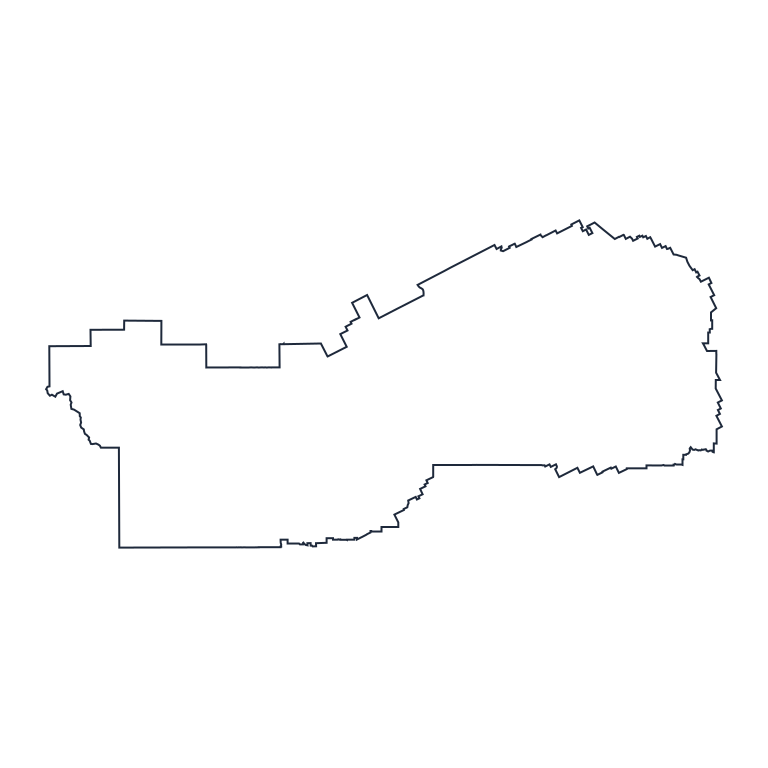 Beverley, Western Australia, Australia (orthographic projection)
{"feature_id": "25037944B89171502248139", "entity_name": "Beverley", "entity_type": "district", "adm_level": 2, "iso_a3": "AUS", "parent_name": "Australia", "parent_adm1": "Western Australia", "projection": "orthographic", "projection_center": [116.842, -32.16], "detail": "fine", "context": "isolated", "style": "outline", "palette": "slate", "viewbox_px": 768, "rotation_deg": 0, "n_neighbors": 0, "source": "geoboundaries", "source_scale": "gbopen_adm2", "svg_char_len": 5749}
<svg xmlns="http://www.w3.org/2000/svg" viewBox="0 0 768 768"><path d="M100.9,447.7L118.9,447.7L119.3,547.6L201.3,547.4L229.6,547.4L230.0,547.4L230.4,547.4L231.0,547.4L231.6,547.4L232.6,547.4L235.8,547.4L236.5,547.3L236.8,547.4L238.2,547.4L238.8,547.3L239.1,547.4L240.3,547.3L240.9,547.4L241.1,547.3L241.5,547.4L243.1,547.4L243.5,547.3L245.2,547.3L245.6,547.4L246.5,547.4L255.3,547.4L255.8,547.3L256.7,547.4L256.9,547.4L257.1,547.3L258.6,547.3L258.8,547.3L258.8,547.2L259.0,547.2L280.6,547.2L280.6,546.5L281.2,546.5L281.1,545.1L281.2,544.5L281.2,544.4L280.7,542.9L280.7,542.5L280.6,540.4L280.6,539.7L287.6,539.7L287.6,543.5L299.0,543.5L299.9,544.4L300.8,544.4L303.0,544.4L303.1,542.8L303.4,542.6L303.7,543.1L304.0,543.5L305.2,544.6L305.4,544.8L305.7,544.9L306.2,545.1L307.2,545.2L307.5,545.3L307.4,543.2L310.6,543.1L310.7,545.6L312.0,545.6L312.6,546.4L316.1,546.3L316.0,543.2L326.6,542.8L326.6,538.2L333.0,538.2L333.0,539.7L337.4,539.7L337.5,539.6L337.8,539.5L337.9,539.4L338.1,539.3L338.4,539.3L338.5,539.5L339.8,539.7L340.0,539.4L340.3,539.3L340.5,539.4L340.6,539.6L341.3,539.7L341.3,539.8L346.4,539.8L346.9,540.0L346.9,539.7L354.4,539.7L354.4,537.9L357.0,537.9L357.0,539.5L358.9,538.5L359.2,538.4L360.9,537.5L361.8,537.1L366.2,534.8L366.7,534.5L367.0,534.2L370.5,532.5L370.5,531.0L371.2,531.0L371.2,531.5L381.5,531.5L381.5,527.0L398.3,527.0L398.3,522.4L394.4,514.6L398.7,512.5L403.9,510.0L403.7,509.0L407.3,507.3L407.7,505.1L408.6,503.1L408.2,500.5L415.7,496.9L416.9,499.5L419.4,498.3L418.4,496.3L422.6,494.3L420.1,488.9L425.5,486.3L424.6,484.5L427.7,483.0L426.4,480.3L433.1,477.1L433.2,476.8L433.2,465.0L445.8,465.0L454.9,465.0L469.7,465.0L476.6,464.9L541.8,465.1L542.7,465.4L544.6,465.3L545.2,466.5L549.5,464.4L550.8,466.9L556.0,464.3L556.1,464.5L556.2,465.2L556.5,465.6L556.8,466.2L556.9,466.7L556.7,467.7L556.0,468.6L555.2,469.2L559.1,477.1L577.4,467.8L579.9,472.8L593.2,466.4L597.2,474.8L597.3,474.9L602.6,472.3L602.7,472.1L602.5,471.6L610.8,467.6L611.3,468.7L615.8,466.5L618.9,472.9L626.8,469.1L626.8,468.3L646.5,468.3L646.5,465.4L661.4,465.5L662.2,465.3L663.7,465.0L664.3,465.5L673.6,465.5L673.6,464.6L674.4,464.6L675.0,463.9L675.5,464.1L676.0,464.4L676.5,464.5L681.1,464.5L681.6,464.6L682.5,464.9L682.5,464.4L682.5,459.3L683.3,459.3L683.3,454.8L686.0,454.8L686.0,454.4L688.3,453.6L689.4,452.3L690.0,450.4L689.7,448.5L690.7,447.2L692.6,449.6L694.1,449.9L694.3,449.9L695.5,449.3L698.3,450.5L698.9,450.2L700.8,450.4L701.6,449.7L701.8,449.5L702.8,449.9L703.6,449.6L704.4,449.5L705.8,449.2L706.5,450.2L706.5,450.6L708.1,451.5L710.0,450.6L712.5,450.6L712.5,451.7L713.3,452.2L713.8,452.3L713.8,443.4L716.6,443.6L716.6,429.3L721.9,426.5L716.4,415.8L719.9,413.9L717.9,410.0L720.8,408.5L717.8,402.5L721.9,400.4L715.7,388.5L715.8,380.0L720.0,380.0L716.1,372.7L716.4,354.1L716.3,353.9L716.3,350.9L707.0,351.0L704.0,345.2L702.9,343.3L708.2,343.3L708.2,332.5L709.8,332.5L709.7,329.2L711.3,328.8L711.6,328.8L712.2,328.8L712.2,320.3L711.0,320.4L711.0,312.4L716.2,308.2L710.6,297.0L714.2,295.2L708.7,284.4L711.4,283.0L708.9,277.7L700.9,281.7L699.8,279.6L699.5,279.1L699.2,278.8L698.8,278.6L698.5,278.4L697.0,276.9L697.3,276.6L699.5,275.5L697.5,271.7L696.2,272.4L694.6,269.2L692.7,270.2L689.9,266.4L689.3,265.5L688.6,264.1L687.6,262.2L687.3,261.5L687.0,260.6L686.1,257.7L678.3,255.4L676.6,254.8L675.8,254.7L673.6,254.5L670.2,247.8L668.2,248.7L667.6,248.9L667.0,249.0L665.6,246.1L662.0,247.9L660.1,244.1L655.1,246.6L650.9,238.4L650.2,237.2L647.3,238.8L645.9,236.0L643.2,237.3L642.4,235.7L639.9,236.9L639.3,235.7L636.9,236.9L637.7,238.5L633.1,240.8L632.1,238.8L631.9,238.5L630.0,236.7L625.8,238.9L623.8,234.9L623.5,234.8L619.3,237.0L619.0,236.8L614.8,239.0L603.2,229.6L594.6,222.5L591.0,224.4L587.2,226.3L588.3,228.5L589.7,227.8L592.4,233.1L588.8,234.9L586.1,229.5L582.8,231.2L581.1,227.9L582.7,227.1L579.3,220.4L571.3,224.5L571.9,225.9L557.1,233.4L555.6,230.5L546.3,235.3L546.1,235.3L542.6,237.2L540.5,235.0L540.4,234.6L531.4,239.0L531.6,239.5L527.2,241.7L527.1,241.8L516.3,247.0L514.8,243.7L514.6,243.7L512.3,244.9L509.1,246.4L509.0,246.5L509.7,247.8L503.1,251.2L500.8,250.5L500.9,249.3L501.7,247.7L501.4,246.4L496.6,249.0L494.5,245.0L453.7,266.0L450.2,267.8L444.3,271.0L417.6,284.9L418.5,286.2L419.3,287.1L419.9,287.6L421.3,288.3L422.3,289.0L422.6,289.2L422.7,289.3L423.2,290.3L423.5,291.9L423.6,293.8L423.5,295.4L423.3,295.4L420.4,296.9L420.2,297.0L396.7,309.0L378.7,318.3L367.1,295.0L359.2,299.1L355.2,301.2L352.1,302.8L359.5,317.5L355.4,319.6L355.4,319.4L350.7,321.8L351.0,322.5L350.9,322.5L351.5,323.7L345.6,326.7L347.5,330.5L340.3,334.1L346.7,346.8L327.6,356.5L327.5,356.4L320.9,343.5L283.5,344.2L283.5,343.9L283.4,344.0L282.1,344.2L281.1,344.2L280.3,344.1L280.1,344.2L279.5,344.3L279.4,344.3L279.6,367.4L277.4,367.4L276.9,367.4L275.9,367.4L275.5,367.4L274.4,367.4L273.9,367.4L271.7,367.4L271.6,367.5L270.1,367.4L268.3,367.4L267.3,367.5L267.0,367.5L266.2,367.5L265.9,367.4L265.3,367.4L264.6,367.4L264.1,367.5L262.4,367.4L261.1,367.4L259.5,367.5L258.5,367.5L258.0,367.5L257.8,367.4L256.7,367.4L254.8,367.5L253.3,367.5L251.0,367.4L249.1,367.5L247.0,367.5L245.0,367.5L244.2,367.5L242.6,367.5L241.7,367.5L240.4,367.5L240.4,367.4L206.3,367.5L206.2,344.7L206.1,344.3L200.6,344.5L161.3,344.5L161.4,320.9L124.2,320.6L124.1,329.7L90.5,329.8L90.7,346.0L49.3,346.2L49.5,386.4L47.5,386.8L46.1,389.2L47.2,390.4L47.7,393.2L49.9,395.7L51.9,394.7L55.3,396.7L57.0,393.6L62.7,391.2L63.7,394.4L65.8,394.7L68.7,393.9L70.4,396.4L70.1,400.2L71.5,402.5L70.7,404.7L71.4,408.9L74.0,409.6L79.7,413.2L79.8,416.2L80.8,417.5L80.5,419.6L81.1,422.6L80.2,425.0L81.2,427.6L83.8,429.4L84.0,431.0L84.1,431.4L84.9,433.8L86.7,435.0L89.1,437.5L88.6,439.7L89.7,440.7L90.9,443.9L92.4,444.1L96.0,443.5L98.4,444.6L99.9,445.7L100.9,447.7Z" fill="none" stroke="#1e293b" stroke-width="2"/></svg>